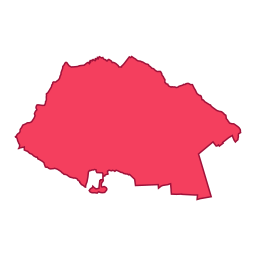 Vartescoiu, Vrancea, Romania
{"feature_id": "2599482B9157251051553", "entity_name": "Vartescoiu", "entity_type": "district", "adm_level": 2, "iso_a3": "ROU", "parent_name": "Romania", "parent_adm1": "Vrancea", "projection": "orthographic", "projection_center": [27.052, 45.724], "detail": "fine", "context": "isolated", "style": "filled", "palette": "rose", "viewbox_px": 256, "rotation_deg": 0, "n_neighbors": 0, "source": "geoboundaries", "source_scale": "gbopen_adm2", "svg_char_len": 5651}
<svg xmlns="http://www.w3.org/2000/svg" viewBox="0 0 256 256"><path d="M200.3,198.6L211.2,196.7L198.5,154.0L213.0,141.9L216.1,146.0L216.9,146.0L218.5,144.9L219.3,146.1L223.1,143.2L222.6,142.5L228.9,137.5L229.8,137.0L232.3,135.5L232.9,137.3L234.2,140.3L235.4,142.0L237.0,140.4L237.6,140.0L237.9,139.6L238.1,137.7L238.4,137.0L238.4,136.5L238.3,135.8L238.3,135.1L238.6,133.9L238.6,133.7L240.6,132.6L240.4,131.8L240.4,130.3L240.2,129.5L239.1,127.8L237.8,126.6L234.1,124.0L233.5,123.8L232.2,123.8L231.4,123.7L230.7,123.3L230.4,123.4L229.9,123.3L229.4,122.9L229.1,122.5L228.5,121.4L228.2,121.3L227.6,120.2L226.8,119.2L226.2,118.6L226.2,117.9L225.9,115.5L225.7,115.1L224.4,114.5L224.2,114.2L223.8,113.5L222.4,112.4L221.8,111.9L221.1,111.6L219.2,111.3L216.7,110.4L212.2,107.1L210.8,105.7L210.5,105.0L209.5,104.7L204.6,101.6L203.9,100.6L203.0,99.8L202.1,99.8L201.9,99.3L201.6,97.8L201.2,96.3L200.7,95.7L200.4,95.5L199.8,95.5L199.1,95.2L197.0,93.6L196.0,91.6L195.4,90.2L194.2,88.3L192.4,84.6L190.6,84.6L188.4,83.4L187.1,83.4L186.6,83.7L186.0,83.7L185.0,84.5L183.6,84.4L183.4,84.5L182.7,85.2L180.8,85.7L180.3,85.9L179.1,86.2L177.8,87.2L176.7,87.5L176.0,87.5L175.4,87.1L174.2,86.9L173.2,87.0L171.9,86.7L171.6,87.0L171.1,87.1L169.6,86.4L168.8,86.0L168.3,85.5L167.8,84.2L166.2,83.8L165.9,83.6L165.7,83.0L165.1,82.7L164.8,82.2L164.9,79.6L164.8,79.3L164.2,78.8L163.8,77.8L163.2,76.6L162.3,75.5L161.9,74.7L161.7,73.5L161.3,72.8L160.5,71.5L159.4,71.4L157.2,71.5L156.7,71.3L155.3,70.4L153.7,68.8L153.3,68.6L151.8,68.2L150.4,66.7L148.9,65.7L148.8,65.4L148.4,64.6L147.9,64.4L147.5,64.2L146.5,64.1L145.1,63.5L143.2,62.3L142.4,61.9L142.0,62.0L140.8,61.3L139.7,61.0L139.2,61.1L137.6,60.7L136.8,60.1L136.4,60.0L136.0,59.4L135.5,59.0L133.8,58.0L131.8,56.6L131.5,56.5L131.0,57.4L130.4,57.6L129.3,56.9L124.4,63.3L123.2,64.7L121.8,66.0L121.6,66.4L121.5,67.0L118.8,66.9L118.5,66.4L118.3,65.7L115.9,63.6L114.7,62.9L113.4,62.4L112.7,62.5L112.2,62.6L111.6,61.4L111.4,61.1L110.1,60.2L109.0,59.5L108.8,59.4L108.1,59.7L107.8,60.4L107.3,60.5L107.0,61.0L106.2,60.6L105.6,59.7L105.3,59.8L103.8,59.1L103.2,58.3L102.8,57.5L101.5,57.9L99.5,56.7L99.0,57.3L97.4,57.4L97.4,57.8L97.5,58.0L98.1,58.5L98.9,59.0L97.2,58.6L96.6,58.9L95.6,58.6L95.4,58.6L95.2,59.1L95.7,59.6L95.4,60.6L94.8,60.6L94.0,60.2L93.1,59.5L92.8,59.7L92.8,60.0L92.4,60.7L91.6,60.3L91.3,60.5L90.3,60.6L90.4,61.1L90.6,61.6L90.6,61.9L90.2,62.4L89.6,61.7L89.4,62.0L89.3,62.4L89.4,62.6L89.8,62.8L89.6,63.4L89.4,63.7L89.0,63.4L88.6,62.7L88.2,62.5L87.8,62.5L87.3,62.7L86.5,63.3L85.9,63.7L85.6,64.1L84.3,65.0L84.2,65.2L80.3,65.6L79.3,65.8L77.6,66.5L73.4,66.9L72.3,66.9L71.5,67.1L69.1,65.8L67.8,64.1L66.9,62.7L66.3,62.4L65.8,62.4L65.5,62.6L65.0,63.1L64.6,63.8L64.5,64.3L62.8,66.5L62.6,68.4L61.1,72.5L60.9,74.7L60.5,75.2L60.2,75.9L59.8,77.2L59.7,78.0L59.3,78.7L58.5,79.8L57.8,80.4L56.8,81.1L55.9,81.9L55.2,82.1L53.7,81.9L53.1,82.2L52.7,82.9L52.7,83.9L51.8,85.0L51.5,86.6L51.2,87.3L50.2,88.9L49.4,90.3L47.7,92.9L47.4,93.2L46.5,93.6L46.4,94.2L46.5,95.9L46.3,96.8L46.4,99.5L46.2,100.4L45.8,101.4L45.5,101.8L45.5,103.0L44.7,105.0L44.5,105.3L42.4,105.4L38.8,104.9L37.1,104.9L36.7,105.4L36.3,106.2L36.0,107.4L36.2,108.4L36.8,109.4L36.8,109.9L35.6,111.1L35.1,112.1L34.4,113.8L35.0,115.4L34.8,116.5L33.9,118.4L31.8,121.5L31.2,122.0L29.6,122.7L27.5,122.8L26.8,123.1L26.0,123.7L22.8,125.1L21.6,127.5L20.2,129.4L20.1,131.2L20.0,131.7L19.6,132.4L19.3,132.8L18.0,133.7L17.0,134.7L16.4,136.4L16.2,136.5L15.5,136.5L15.4,136.7L15.6,137.1L16.6,137.6L17.0,138.2L17.2,138.6L17.7,140.8L18.2,141.8L18.7,143.2L19.4,144.3L19.6,144.9L19.6,146.0L19.4,147.1L19.2,147.7L18.7,148.5L18.9,148.5L19.1,148.3L19.6,147.9L20.7,147.8L22.5,147.3L23.5,147.3L24.3,147.0L24.3,150.0L26.6,151.0L27.7,151.3L28.4,152.2L30.0,153.5L31.8,154.1L33.7,155.9L34.2,156.2L36.1,157.2L37.1,157.1L37.3,157.4L37.8,158.4L37.8,158.7L37.9,158.9L39.5,159.6L42.3,161.3L43.9,162.6L44.4,164.3L45.4,167.0L46.4,167.3L47.2,167.1L49.3,168.6L50.5,168.9L53.8,168.6L54.5,168.3L56.4,168.8L57.9,169.5L60.8,171.4L62.1,172.8L63.0,173.3L64.0,174.3L65.4,174.4L66.9,174.9L69.0,176.5L70.2,177.2L72.4,177.7L73.7,178.1L75.0,178.0L76.2,178.4L77.1,178.9L77.6,179.4L77.7,179.8L77.9,180.2L79.0,180.9L79.7,181.6L79.8,182.5L80.2,182.8L81.0,184.0L81.7,184.7L83.7,185.7L84.2,186.4L84.6,186.7L85.3,187.1L85.6,187.1L85.6,186.0L86.1,184.1L86.9,182.1L87.2,180.7L87.9,176.9L88.4,172.0L89.4,170.6L89.6,170.8L90.1,170.7L92.3,169.9L93.4,170.0L94.4,169.5L95.1,169.6L96.1,169.9L96.1,171.1L96.9,172.6L102.2,172.8L102.4,173.1L102.8,173.5L102.9,174.6L102.9,179.5L100.6,179.8L100.5,180.5L99.8,180.6L98.9,188.3L96.6,188.8L95.8,188.8L95.3,188.5L95.1,188.2L94.7,188.0L94.0,187.5L93.6,187.0L92.8,186.2L92.4,187.7L91.6,188.0L90.2,189.1L89.2,190.5L90.1,191.9L91.5,192.6L92.9,192.8L94.6,192.7L97.2,193.1L98.2,192.1L98.8,191.8L99.3,192.1L100.9,192.6L102.8,192.7L104.7,192.4L106.6,190.1L106.9,189.0L106.2,187.7L104.8,186.8L104.1,186.5L102.8,186.9L102.0,187.0L101.6,186.6L101.4,186.2L101.4,184.0L101.8,182.7L103.0,181.2L103.3,180.1L103.0,179.3L103.0,178.7L103.1,176.1L104.6,176.0L104.5,175.5L106.5,174.4L107.9,174.2L108.0,173.7L107.5,172.0L107.5,171.5L107.6,171.1L108.8,170.5L108.9,170.2L109.4,170.2L111.1,170.8L111.7,170.8L112.3,170.3L114.4,170.8L114.8,171.3L115.2,171.1L116.1,170.2L118.1,170.9L121.1,172.4L122.4,172.5L124.0,173.6L125.3,173.7L125.7,174.0L127.0,174.0L127.7,174.2L128.3,174.7L128.8,174.9L129.0,174.6L129.3,174.4L129.9,174.7L134.5,179.1L134.7,179.5L135.5,185.5L158.2,184.6L158.5,188.2L161.3,186.0L162.9,185.4L168.0,184.6L169.8,183.9L170.6,183.7L171.1,189.4L171.1,190.6L171.4,194.1L176.4,194.3L181.7,194.1L181.8,194.3L183.2,194.4L195.2,195.0L197.5,195.0L197.1,199.5L200.3,198.6Z" fill="#f43f5e" stroke="#9f1239" stroke-width="1.5"/></svg>